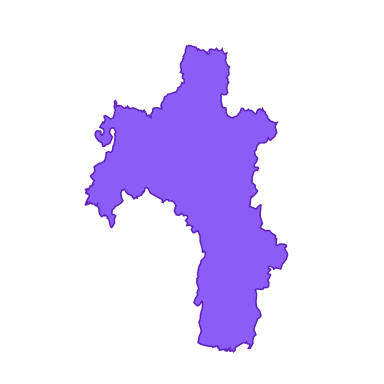 Ambositra, Amoron'i Mania, Madagascar (Natural Earth projection), rotated 195°
{"feature_id": "10022922B13687813160362", "entity_name": "Ambositra", "entity_type": "district", "adm_level": 2, "iso_a3": "MDG", "parent_name": "Madagascar", "parent_adm1": "Amoron'i Mania", "projection": "natural_earth1", "projection_center": [47.304, -20.561], "detail": "fine", "context": "isolated", "style": "filled", "palette": "violet", "viewbox_px": 384, "rotation_deg": 195, "n_neighbors": 0, "source": "geoboundaries", "source_scale": "gbopen_adm2", "svg_char_len": 6057}
<svg xmlns="http://www.w3.org/2000/svg" viewBox="0 0 384 384"><g transform="rotate(195 192 192)"><path d="M93.3,70.5L94.8,72.9L96.1,73.9L96.8,76.1L95.8,86.6L94.4,87.9L93.2,90.3L95.8,94.5L100.0,97.7L101.7,102.0L103.1,109.8L105.4,114.2L104.6,115.0L99.2,116.0L98.0,117.0L97.6,118.6L95.3,118.8L94.0,120.0L93.6,120.8L94.3,124.4L96.1,126.6L95.1,128.8L94.8,132.6L97.4,132.8L97.6,134.3L95.9,137.3L96.2,137.8L98.4,137.9L98.5,139.7L97.1,140.6L94.0,139.8L93.2,138.6L90.4,140.8L86.3,140.6L86.1,145.7L83.5,151.3L83.4,156.0L84.0,157.5L87.7,161.1L87.9,162.1L86.7,163.6L87.5,165.2L88.9,165.5L93.3,164.6L95.8,162.6L97.1,162.3L98.2,168.9L99.6,168.6L99.8,171.1L100.4,171.8L104.5,172.8L107.3,174.8L111.2,173.7L117.0,175.2L115.8,180.0L119.7,185.9L120.7,189.2L121.9,197.2L122.5,197.3L124.2,195.4L125.7,192.1L133.1,193.2L132.5,195.4L133.6,199.7L133.5,202.7L132.8,202.7L132.8,203.8L131.7,203.9L129.3,208.2L129.0,209.8L129.1,210.4L130.2,210.7L132.0,212.4L132.8,214.9L136.1,216.5L137.2,218.1L136.7,218.9L137.7,221.1L137.5,227.9L135.9,229.8L134.4,229.9L133.9,232.2L134.8,232.9L138.2,232.2L138.9,234.4L137.5,238.1L137.6,241.9L140.3,243.6L142.1,247.1L140.9,249.5L141.3,253.2L139.8,255.8L140.2,256.7L134.8,258.2L133.4,259.2L132.8,260.5L132.4,264.1L130.6,262.3L129.4,262.6L126.4,267.3L126.4,268.9L125.4,271.1L128.7,276.8L127.7,281.3L129.9,280.3L134.6,280.9L138.2,283.2L138.4,284.3L141.4,286.8L141.9,288.2L144.0,289.1L145.3,290.5L145.1,288.9L147.7,289.9L148.8,289.6L150.1,287.1L150.1,284.2L151.1,283.7L155.5,286.2L157.7,285.6L158.8,286.5L160.6,284.4L162.4,284.3L164.0,285.8L165.4,285.8L166.0,285.1L166.1,282.3L168.3,276.8L170.6,275.7L171.9,273.8L177.3,275.0L180.0,277.9L180.0,279.5L181.0,281.8L182.4,282.0L183.8,281.3L185.5,283.5L187.7,288.0L188.4,291.7L189.4,292.7L188.4,294.3L186.2,294.2L183.9,295.3L183.2,297.3L185.4,301.3L185.6,305.3L184.8,307.3L186.3,308.5L186.6,310.5L188.1,311.6L186.7,315.0L188.4,319.9L188.3,322.7L189.5,322.9L192.1,325.1L194.0,328.3L193.6,330.0L194.8,333.2L194.5,335.2L196.3,333.9L199.6,336.7L199.9,337.8L200.4,336.5L203.0,335.2L205.5,337.1L206.9,334.8L210.6,335.0L210.7,334.4L212.0,334.2L212.1,332.5L210.9,331.0L211.9,329.4L213.3,329.5L213.3,331.0L215.4,330.7L217.6,332.3L220.6,330.8L222.7,332.0L223.2,330.6L225.4,332.7L232.9,332.9L233.2,332.0L235.0,331.6L235.1,327.2L234.4,324.9L235.6,320.5L234.7,319.4L235.4,317.9L235.1,316.1L235.8,315.0L236.1,312.9L235.7,310.6L233.8,307.2L234.2,304.6L230.7,303.9L231.3,302.3L231.0,300.2L230.5,299.4L229.0,298.9L227.6,295.3L228.1,294.8L230.0,295.0L229.6,294.2L230.3,293.4L230.1,291.2L232.5,289.2L232.2,288.3L233.1,284.9L238.8,280.9L240.7,280.2L241.0,278.6L243.1,276.7L243.3,271.9L244.3,270.3L244.4,268.0L244.1,266.5L243.0,266.0L242.7,264.5L247.0,264.5L251.1,262.9L251.3,261.8L250.7,259.6L251.7,256.5L250.7,253.3L251.7,253.4L253.3,255.2L255.2,253.8L257.4,256.9L259.5,258.6L260.8,256.5L262.0,257.6L263.5,257.1L270.9,258.1L272.0,257.0L274.3,256.6L276.4,258.2L276.9,256.5L277.9,256.6L278.0,255.7L279.1,255.4L283.0,256.8L284.2,256.3L284.9,256.8L287.0,255.1L287.8,258.4L289.6,260.4L290.4,259.2L289.2,257.0L289.4,254.5L287.2,251.1L287.2,243.3L289.2,241.6L295.2,243.4L296.5,242.7L296.3,241.4L294.4,239.5L294.9,235.7L295.7,235.7L296.0,237.2L297.8,230.5L294.1,230.2L292.3,227.1L293.8,223.4L295.1,224.3L295.4,226.3L296.0,227.1L296.4,226.6L298.5,226.9L299.9,226.3L300.6,224.8L300.5,222.6L299.3,220.3L295.2,217.0L292.0,216.4L290.0,213.1L288.3,213.5L287.3,215.5L285.8,216.1L283.9,218.2L283.1,224.6L285.9,226.8L287.2,228.6L287.2,231.6L286.1,232.9L284.1,233.7L281.1,230.2L281.6,227.8L280.8,226.3L279.9,222.0L279.6,217.5L280.1,216.2L279.6,211.2L280.7,209.2L283.0,209.4L285.1,207.8L284.3,203.5L284.5,198.8L285.0,199.0L287.4,196.2L288.7,196.0L293.0,191.1L291.4,187.6L291.9,184.4L293.5,182.7L294.0,181.0L291.0,178.3L289.8,178.4L289.2,177.7L290.2,174.8L289.4,173.3L290.5,172.8L291.0,171.7L291.9,171.6L292.0,169.4L292.9,168.3L292.4,167.3L293.4,167.2L294.1,167.9L295.6,167.0L294.1,165.3L294.4,163.7L294.0,163.0L292.6,163.8L292.2,163.0L290.9,163.0L290.1,161.7L291.3,156.8L291.1,156.0L290.4,155.7L290.4,154.7L291.6,154.9L291.4,153.4L291.9,152.6L291.0,151.9L289.6,153.4L288.8,153.4L288.0,154.2L288.2,155.4L287.5,155.7L285.5,154.5L283.7,155.2L281.4,153.8L280.6,154.1L280.2,155.6L279.7,153.6L278.1,152.8L277.1,151.0L277.2,150.2L275.4,146.6L272.8,144.7L270.4,147.5L270.0,146.5L268.8,147.0L267.6,146.3L267.1,144.7L265.4,144.4L261.9,137.7L260.7,136.8L259.9,137.9L258.8,142.3L260.1,145.7L259.5,149.1L261.3,150.0L263.2,149.7L264.4,151.9L264.1,153.1L264.6,154.3L262.6,156.6L262.4,158.6L260.7,159.5L257.7,163.0L256.4,165.8L258.3,167.7L260.3,171.9L260.3,175.1L259.2,175.8L258.7,177.0L256.8,176.4L256.0,175.1L253.4,173.3L251.8,173.7L250.3,172.7L249.3,173.1L247.7,171.3L246.9,171.3L246.5,170.4L245.9,170.6L245.8,171.5L245.0,172.0L243.3,171.9L243.9,173.1L239.8,176.2L239.6,179.3L239.1,179.8L238.7,179.2L238.2,180.3L238.5,183.3L236.8,184.6L234.9,183.8L231.9,180.2L219.8,177.2L218.1,176.1L218.2,174.5L217.0,174.5L217.1,175.3L214.6,178.2L212.9,178.3L212.2,177.4L209.8,178.1L207.1,177.5L205.2,176.3L203.9,174.4L204.4,170.8L203.8,168.5L201.2,165.9L198.7,166.1L196.3,168.5L193.6,166.9L192.7,167.7L190.7,167.9L189.4,166.0L191.0,162.8L188.2,161.2L188.4,158.2L185.2,159.5L182.3,158.5L183.0,155.6L180.7,153.1L179.5,153.2L176.1,156.1L172.6,151.0L171.2,146.0L167.7,140.6L166.4,136.8L165.7,136.6L164.8,138.0L163.4,137.0L162.8,132.5L165.5,127.9L165.1,125.4L166.0,121.3L165.3,113.8L163.7,111.8L164.8,109.8L164.7,108.3L164.1,108.0L164.1,105.9L160.6,100.7L161.1,96.1L159.9,94.0L161.1,90.3L161.5,85.6L158.1,83.7L156.8,83.6L155.6,85.0L154.0,89.0L153.1,87.8L152.0,83.1L152.1,76.2L151.2,71.4L151.5,68.0L147.2,60.5L147.1,57.3L147.7,54.8L147.1,48.0L143.9,47.3L137.6,47.2L132.0,48.1L131.6,47.5L131.2,48.3L129.7,48.3L129.3,49.2L128.0,49.9L126.9,48.4L126.2,48.9L124.5,46.2L119.6,48.7L119.1,47.5L117.9,47.2L117.8,48.7L116.5,47.9L115.1,51.0L114.3,48.2L113.5,48.1L112.2,49.6L110.4,48.4L109.5,50.1L109.6,53.4L103.3,60.0L101.3,59.8L100.5,61.1L99.3,59.7L96.8,59.9L96.5,57.3L97.1,55.6L95.3,56.0L94.0,61.6L94.9,64.6L95.0,68.2L93.3,70.5Z" fill="#8b5cf6" stroke="#5b21b6" stroke-width="1.5"/></g></svg>